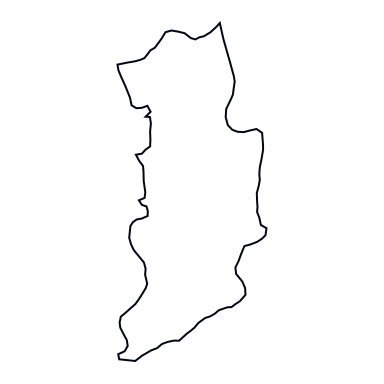 outline of Axixá, Maranhão, Brazil
{"feature_id": "56859067B14905169969378", "entity_name": "Axixá", "entity_type": "district", "adm_level": 2, "iso_a3": "BRA", "parent_name": "Brazil", "parent_adm1": "Maranhão", "projection": "robinson", "projection_center": [-44.102, -2.845], "detail": "fine", "context": "isolated", "style": "outline", "palette": "ink", "viewbox_px": 384, "rotation_deg": 0, "n_neighbors": 0, "source": "geoboundaries", "source_scale": "gbopen_adm2", "svg_char_len": 1797}
<svg xmlns="http://www.w3.org/2000/svg" viewBox="0 0 384 384"><path d="M262.1,132.8L256.5,129.0L249.4,130.6L243.9,132.1L237.7,131.8L232.3,129.8L227.8,125.1L225.7,117.2L226.2,109.0L231.1,98.8L232.9,94.6L233.8,87.8L234.7,81.6L233.9,76.4L231.8,68.8L230.1,62.5L227.8,54.5L223.5,39.4L219.8,23.0L216.1,27.1L210.3,32.4L203.7,36.3L199.4,37.3L195.4,39.4L190.9,38.1L184.6,33.2L178.0,31.6L171.4,30.5L165.5,32.2L161.7,38.4L158.4,43.0L154.8,47.8L150.4,50.3L147.5,54.3L144.4,58.1L140.5,59.8L135.0,61.3L127.4,62.6L117.5,64.6L118.4,70.1L120.8,76.1L125.1,85.5L130.0,97.7L131.6,105.3L136.3,108.2L141.9,107.8L147.4,105.8L150.6,111.8L145.6,116.7L149.9,117.0L150.9,123.5L150.1,131.6L150.4,139.6L150.1,146.4L145.4,149.8L141.9,153.7L135.9,154.7L139.1,160.7L143.0,166.0L143.5,171.7L143.7,181.1L145.3,192.3L144.6,197.9L138.9,200.3L141.9,204.9L146.5,206.4L147.8,211.2L147.6,216.0L141.9,218.5L136.6,219.5L132.9,222.2L130.4,226.1L129.2,237.8L131.1,244.5L133.8,250.1L139.3,256.8L144.0,262.6L145.6,268.7L145.1,274.8L147.2,283.6L145.8,288.0L142.8,293.0L138.7,299.5L135.3,304.1L129.9,308.9L124.7,313.5L120.8,316.7L119.6,322.7L120.3,327.7L123.3,333.7L126.8,340.1L127.7,346.0L124.6,351.3L118.2,354.2L119.2,359.3L135.2,361.0L141.9,355.8L151.3,350.3L157.0,348.2L162.0,344.0L167.4,342.0L173.8,340.6L179.1,340.7L186.9,333.6L190.6,330.9L194.7,327.4L198.2,323.1L205.1,318.0L210.1,316.4L214.7,313.8L218.9,310.2L227.3,307.3L231.5,307.1L235.4,304.1L239.8,301.3L245.5,294.8L245.1,288.0L242.3,281.5L236.1,273.9L235.4,267.5L238.6,261.0L240.9,254.6L244.4,246.1L250.3,244.5L257.5,241.7L262.1,238.6L265.5,235.2L266.5,228.2L260.9,225.0L259.3,217.7L257.1,212.0L257.5,206.8L257.1,201.4L256.8,193.1L258.7,186.0L259.8,180.0L259.3,174.0L259.8,167.3L261.6,158.6L263.1,149.7L263.0,144.4L262.1,132.8Z" fill="none" stroke="#020617" stroke-width="2"/></svg>